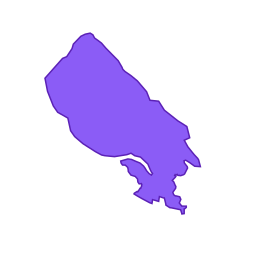 the district of Okrika, Rivers, Nigeria, rotated 146°
{"feature_id": "59680162B90615098764032", "entity_name": "Okrika", "entity_type": "district", "adm_level": 2, "iso_a3": "NGA", "parent_name": "Nigeria", "parent_adm1": "Rivers", "projection": "natural_earth1", "projection_center": [7.075, 4.627], "detail": "fine", "context": "isolated", "style": "filled", "palette": "violet", "viewbox_px": 256, "rotation_deg": 146, "n_neighbors": 0, "source": "geoboundaries", "source_scale": "gbopen_adm2", "svg_char_len": 2060}
<svg xmlns="http://www.w3.org/2000/svg" viewBox="0 0 256 256"><g transform="rotate(146 128 128)"><path d="M87.6,133.1L94.3,138.7L92.3,147.7L93.9,161.8L96.3,169.9L98.9,176.5L99.5,179.6L99.0,181.7L98.5,189.3L101.7,206.5L102.5,213.2L103.9,217.3L105.4,221.3L105.0,224.9L106.3,227.8L111.0,229.7L115.8,230.4L126.4,228.1L130.0,225.1L138.9,221.4L143.3,222.3L169.0,215.7L174.2,203.4L177.6,188.0L177.5,180.3L172.3,169.9L177.1,157.8L177.0,150.7L174.7,142.3L174.0,139.9L168.2,126.5L165.0,120.4L162.7,118.0L155.2,111.8L143.8,106.5L139.6,105.4L137.9,101.2L133.9,96.9L131.7,87.0L132.9,80.9L133.2,78.2L133.1,76.6L134.9,75.9L136.0,78.3L136.5,82.2L136.3,85.0L136.4,87.8L137.6,92.2L140.1,95.9L142.7,100.0L145.4,102.4L152.5,104.7L153.3,102.9L153.3,100.4L151.0,98.7L150.3,95.6L150.8,94.1L152.1,91.7L151.9,87.3L149.1,83.8L148.6,80.5L149.3,79.1L150.0,77.7L150.0,75.5L149.1,74.9L148.0,74.5L148.1,73.5L148.8,73.0L149.0,72.3L150.1,71.7L150.6,71.4L151.0,71.0L151.2,70.9L151.5,71.2L151.6,71.3L153.0,70.7L155.1,69.8L155.6,69.6L155.9,70.3L156.1,70.3L158.9,70.4L159.2,70.4L159.5,70.3L159.9,70.0L158.5,66.9L156.0,61.8L154.5,59.0L151.8,53.9L151.2,53.1L150.7,52.5L150.4,52.0L150.2,52.2L150.1,52.3L149.7,52.6L149.0,53.5L147.7,54.9L143.6,50.0L142.0,51.8L140.3,53.6L137.7,50.2L137.0,49.7L139.1,44.0L139.7,42.9L137.9,38.6L136.6,37.5L130.1,30.8L131.0,27.7L131.4,26.6L129.3,25.6L127.4,28.4L127.0,29.0L126.7,29.5L126.0,29.3L124.7,29.5L124.2,29.5L123.9,29.8L123.4,30.6L127.1,33.2L127.4,37.2L124.1,39.3L123.6,42.1L125.9,44.6L126.8,45.3L127.4,47.1L127.2,48.1L126.8,49.6L124.5,50.5L122.2,51.4L121.0,52.8L120.9,54.3L120.2,57.7L120.6,59.8L116.4,60.7L115.3,61.2L115.9,62.5L115.1,62.9L115.1,62.1L114.4,62.1L113.7,62.2L113.1,62.0L113.2,61.4L113.2,61.1L113.0,60.7L112.6,60.4L111.9,60.1L111.6,59.4L110.6,58.9L109.4,58.6L108.0,58.2L106.7,58.3L101.0,61.5L100.5,62.9L100.8,67.6L99.8,69.5L98.2,69.1L96.3,65.0L94.1,59.0L89.9,55.7L89.6,55.5L87.3,62.1L87.2,63.8L88.0,68.7L88.4,72.8L88.9,79.0L88.2,86.4L82.3,85.4L78.4,96.3L82.7,106.1L87.9,122.4L87.6,133.1Z" fill="#8b5cf6" stroke="#5b21b6" stroke-width="1.5"/></g></svg>